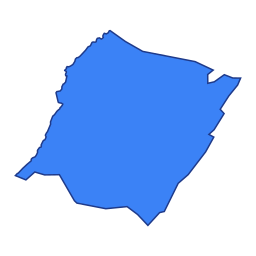 outline of Bath, Virginia, United States of America
{"feature_id": "52423323B67165300016229", "entity_name": "Bath", "entity_type": "district", "adm_level": 2, "iso_a3": "USA", "parent_name": "United States of America", "parent_adm1": "Virginia", "projection": "orthographic", "projection_center": [-79.859, 38.055], "detail": "fine", "context": "isolated", "style": "filled", "palette": "blue", "viewbox_px": 256, "rotation_deg": 0, "n_neighbors": 0, "source": "geoboundaries", "source_scale": "gbopen_adm2", "svg_char_len": 1629}
<svg xmlns="http://www.w3.org/2000/svg" viewBox="0 0 256 256"><path d="M50.6,124.2L47.5,131.6L46.4,133.1L45.4,135.1L45.5,135.7L46.1,136.9L45.5,138.6L44.9,139.7L44.4,140.1L43.8,140.2L43.1,140.9L41.2,144.8L41.1,145.3L41.4,145.9L41.0,147.1L39.5,147.5L37.7,150.0L37.4,150.9L37.6,152.1L37.3,153.1L36.1,155.5L35.0,156.9L32.7,157.8L31.5,158.8L31.2,159.4L31.3,160.1L31.1,160.9L27.1,164.3L22.7,168.4L18.2,173.2L17.3,173.5L15.4,175.6L25.9,179.9L34.8,172.0L44.6,174.9L59.4,174.7L74.4,200.7L76.9,203.1L105.8,208.7L127.1,206.6L137.6,214.5L147.9,225.4L159.6,212.6L164.3,211.5L178.2,183.3L188.2,174.6L205.6,151.9L213.8,137.1L208.9,134.4L214.1,129.7L224.1,113.6L220.2,109.3L228.9,95.8L237.6,85.1L240.6,78.1L232.8,78.0L224.3,74.7L214.3,81.8L207.8,83.3L207.7,74.5L213.2,70.1L195.1,61.6L142.7,51.4L125.4,41.5L110.1,30.6L109.3,30.8L108.2,32.8L106.3,33.9L104.3,33.3L103.5,34.4L102.9,35.8L102.9,36.5L103.3,37.4L102.4,38.4L101.5,39.0L101.0,38.9L99.5,37.9L97.4,38.3L96.7,39.3L96.3,40.5L96.3,41.4L95.9,41.9L95.0,42.2L93.1,42.0L92.2,42.3L91.8,42.8L90.4,45.8L88.0,46.9L85.6,50.2L80.0,56.2L78.1,57.6L77.3,57.6L76.7,57.8L75.4,59.1L75.3,59.7L75.1,60.1L74.9,61.3L72.9,64.5L70.1,66.3L68.4,66.8L67.1,66.6L66.4,67.6L66.5,68.5L66.2,68.8L64.7,70.3L64.7,70.5L66.3,71.4L66.3,72.6L65.6,73.9L65.5,74.9L65.8,75.8L66.5,75.8L66.9,76.0L65.6,82.1L63.9,83.9L63.2,84.1L61.9,86.7L61.9,86.9L61.8,89.1L60.1,91.0L56.8,91.6L56.0,92.8L58.2,102.1L58.5,102.5L59.8,102.9L61.5,103.2L62.8,104.1L62.3,105.2L61.1,106.8L60.0,107.8L59.9,108.5L59.6,109.0L58.4,109.9L56.9,111.3L54.5,114.7L52.9,116.0L52.6,116.5L50.5,121.9L50.6,124.2Z" fill="#3b82f6" stroke="#1e3a8a" stroke-width="1.5"/></svg>